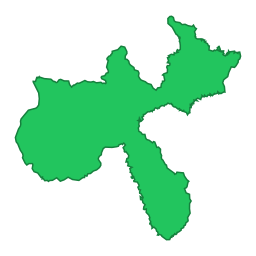 outline of Sop Moei, Mae Hong Son, Thailand
{"feature_id": "78962969B61327440501471", "entity_name": "Sop Moei", "entity_type": "district", "adm_level": 2, "iso_a3": "THA", "parent_name": "Thailand", "parent_adm1": "Mae Hong Son", "projection": "robinson", "projection_center": [98.073, 17.904], "detail": "fine", "context": "isolated", "style": "filled", "palette": "green", "viewbox_px": 256, "rotation_deg": 0, "n_neighbors": 0, "source": "geoboundaries", "source_scale": "gbopen_adm2", "svg_char_len": 5813}
<svg xmlns="http://www.w3.org/2000/svg" viewBox="0 0 256 256"><path d="M194.9,27.7L193.5,25.1L192.1,26.5L188.1,25.7L185.1,24.3L182.0,24.6L179.8,22.6L175.6,21.9L174.2,20.8L173.4,17.5L171.6,16.3L169.9,16.5L167.9,18.5L168.0,23.5L172.3,27.3L176.1,34.3L177.2,34.9L178.8,37.2L179.7,37.0L180.1,38.0L179.1,38.4L179.7,39.7L179.4,41.6L179.9,42.1L180.3,45.2L180.3,49.3L178.9,50.6L177.4,49.7L176.6,51.3L178.0,52.3L175.1,53.2L174.2,52.7L174.0,54.8L171.3,54.3L168.5,55.8L169.5,56.6L169.1,57.3L167.5,57.7L168.6,61.1L167.8,61.9L168.4,62.5L167.8,62.8L169.9,63.3L169.9,64.9L169.1,65.6L167.4,65.6L166.7,67.1L167.5,69.3L167.3,72.6L163.9,73.8L162.6,75.0L163.8,75.5L164.7,80.2L163.9,81.3L162.5,81.2L162.4,82.9L161.4,83.7L160.9,87.3L157.7,87.9L156.1,90.2L153.2,88.3L151.1,84.5L147.6,83.5L145.3,81.7L141.2,80.1L139.7,78.5L138.5,76.2L139.0,73.1L138.0,71.0L134.4,69.8L133.9,67.5L130.4,65.0L129.3,63.6L128.7,61.1L127.0,59.4L125.1,59.0L125.3,55.9L126.9,53.5L126.8,51.5L124.7,47.1L121.1,46.2L117.8,49.7L112.2,51.3L112.2,53.4L110.9,54.6L110.7,55.6L108.8,56.3L107.0,58.4L107.1,59.7L108.3,60.3L106.6,67.1L108.2,70.4L108.3,72.6L106.3,73.2L104.8,75.7L101.8,76.4L101.2,77.2L101.7,78.7L105.5,80.5L106.1,82.8L105.6,83.6L104.0,83.1L102.6,83.5L100.9,82.3L96.4,82.8L93.4,81.5L91.0,82.1L87.6,81.8L84.9,80.5L79.1,83.3L77.3,83.1L74.0,85.4L73.5,85.1L71.6,87.1L69.6,84.5L68.6,81.0L64.1,80.9L60.7,79.4L59.1,79.8L57.2,82.3L56.2,82.6L54.7,81.5L53.6,81.5L50.9,79.2L44.2,78.6L39.7,77.1L39.3,77.5L39.1,76.8L38.5,77.5L37.4,77.3L37.2,78.0L36.7,77.7L35.5,81.5L33.2,81.3L33.2,81.9L38.7,92.9L39.3,98.7L38.7,105.0L37.0,107.4L35.6,108.3L28.4,110.2L21.1,119.0L20.5,121.2L20.8,124.0L20.4,126.0L18.5,129.1L15.4,137.5L16.2,141.8L17.8,143.9L20.3,150.1L22.6,153.6L23.1,156.0L22.5,157.7L25.2,163.2L26.8,165.0L28.9,163.6L32.4,163.6L32.9,164.8L32.2,168.6L34.1,171.7L37.7,172.9L41.1,177.5L42.4,177.1L42.1,178.9L43.3,178.6L44.8,180.7L47.2,180.4L48.5,181.4L49.6,180.5L52.5,180.3L56.7,177.8L60.3,181.2L64.1,179.8L68.1,177.2L72.5,179.5L78.9,180.4L82.8,177.6L84.5,177.5L84.8,175.5L86.9,176.1L87.8,173.8L90.5,173.5L93.4,171.0L96.6,169.9L99.5,167.5L100.8,165.3L100.8,163.1L98.5,159.7L98.3,158.3L99.3,156.3L101.3,154.8L101.5,152.7L103.2,148.6L105.3,147.1L112.0,147.4L116.7,146.7L118.4,146.2L119.0,144.8L121.7,143.8L122.6,144.5L123.5,143.1L124.0,143.2L125.4,145.0L123.1,147.7L124.3,149.8L124.3,151.5L125.0,152.1L125.9,151.5L128.7,155.3L128.4,157.8L126.9,158.6L126.0,162.0L127.7,161.8L128.2,164.1L127.7,165.7L132.0,167.3L129.8,168.7L130.5,170.8L130.2,172.4L131.6,172.9L132.2,175.3L133.5,176.6L132.8,177.1L131.3,176.9L131.3,177.5L132.2,178.4L133.8,177.5L134.8,179.7L133.8,180.7L133.9,181.5L137.4,182.1L139.0,185.1L138.8,186.4L137.9,187.1L138.9,189.7L140.4,190.0L139.6,191.9L139.7,193.2L140.9,193.6L143.1,197.5L142.7,198.3L140.3,196.6L140.6,199.6L142.4,199.9L142.9,202.6L145.1,204.7L143.9,206.6L143.5,209.1L144.2,209.6L146.3,209.0L146.2,212.4L148.9,215.2L149.9,217.9L149.2,218.8L150.8,222.0L149.8,223.3L149.9,224.0L150.8,223.8L151.5,225.9L152.3,226.1L152.0,228.3L153.9,227.1L156.0,229.0L156.6,231.1L157.7,231.9L158.2,234.0L157.5,235.0L158.4,235.2L159.4,234.4L161.6,235.3L161.9,236.3L166.5,239.7L169.7,239.6L170.7,237.2L172.4,237.4L171.5,236.8L172.1,235.7L173.3,236.1L173.5,234.9L174.4,234.7L174.7,233.7L175.9,234.5L176.9,233.6L177.0,232.4L178.6,232.0L181.1,230.2L181.2,228.7L183.6,227.6L184.0,225.7L185.3,225.1L186.0,222.6L187.7,221.5L188.1,220.5L187.6,217.6L190.1,213.2L189.5,208.8L189.6,203.6L191.1,201.0L189.7,198.8L189.5,194.3L186.1,192.9L184.5,188.5L186.2,187.8L187.0,186.7L188.0,182.1L188.8,181.3L186.8,179.6L184.4,176.0L183.4,172.9L176.9,172.2L176.3,173.6L174.7,174.3L174.4,173.3L167.1,168.0L166.4,165.0L165.4,164.6L162.8,160.0L161.8,159.3L161.3,157.3L161.6,155.6L160.4,152.8L160.5,149.2L158.5,147.1L156.8,147.4L154.8,142.1L153.6,141.6L152.5,142.8L149.2,140.3L146.9,139.6L145.8,138.4L144.9,134.4L142.4,134.4L140.8,132.3L138.9,131.4L138.3,127.9L139.3,126.0L138.8,124.4L139.2,121.2L138.0,120.5L139.1,120.1L139.4,118.2L140.6,120.6L140.4,121.5L141.2,121.2L143.1,119.3L142.0,117.1L143.6,116.1L143.4,114.5L144.8,114.3L147.7,111.8L149.9,111.8L151.1,110.7L152.2,111.6L152.6,110.5L154.2,110.1L154.4,108.9L155.5,107.8L157.7,108.8L158.1,108.0L159.3,108.1L159.9,106.8L161.9,105.5L164.3,106.0L164.7,105.0L166.4,104.6L167.9,103.1L169.6,103.9L171.3,103.5L171.5,104.4L172.4,104.5L172.5,105.7L174.2,107.0L175.3,106.9L178.2,109.2L179.2,108.5L180.2,109.5L179.7,110.4L181.3,110.1L182.2,111.2L183.7,110.4L184.0,111.1L183.5,111.4L186.4,112.5L187.5,114.8L188.4,113.4L189.9,112.7L189.3,111.8L189.8,111.3L189.9,107.4L191.1,107.6L191.3,106.4L190.5,105.4L191.7,105.1L190.8,104.4L191.9,104.3L191.7,103.6L193.6,103.8L193.8,103.2L192.8,102.8L194.4,101.2L194.0,100.1L197.1,100.7L195.8,99.5L197.7,98.2L200.7,99.5L201.4,97.2L202.4,96.8L202.1,95.6L204.0,96.9L204.7,95.3L205.3,96.3L207.1,96.5L208.0,95.0L209.7,95.3L210.0,93.8L211.0,94.6L211.0,95.3L211.3,94.9L212.4,95.7L214.3,93.6L214.6,94.1L217.6,93.2L217.8,93.6L217.8,91.8L218.9,92.7L218.9,93.8L220.1,93.2L220.9,93.6L223.9,91.9L224.9,92.1L224.4,86.6L222.7,82.8L223.7,79.7L227.7,76.6L228.8,72.3L231.3,66.9L234.5,67.4L236.0,65.8L238.1,62.4L238.3,60.1L239.8,58.9L240.6,56.2L239.7,52.1L238.0,52.3L237.9,53.4L235.7,52.1L234.2,53.0L234.4,51.2L230.0,51.8L229.6,52.5L228.6,51.0L228.5,52.6L227.6,52.6L228.3,53.6L227.1,53.7L227.6,54.7L226.9,55.1L226.2,54.5L225.4,55.9L223.6,55.2L223.0,54.4L224.0,53.8L223.3,53.0L223.6,50.9L222.1,51.0L221.8,51.8L220.6,50.5L220.1,50.4L220.1,51.4L218.4,50.6L220.2,49.2L219.1,46.4L218.4,46.6L218.2,47.6L217.3,47.8L217.7,49.3L215.3,50.6L214.4,50.1L213.0,51.2L209.0,50.0L209.3,46.0L208.5,45.9L207.4,43.6L205.0,42.3L205.6,41.5L204.4,41.6L204.6,40.0L203.3,40.1L203.2,39.4L201.9,38.9L201.5,40.4L200.5,38.9L197.3,39.0L195.4,37.7L195.7,36.7L195.0,36.2L195.5,34.7L194.5,31.7L196.4,28.7L194.9,27.7Z" fill="#22c55e" stroke="#15803d" stroke-width="1.5"/></svg>